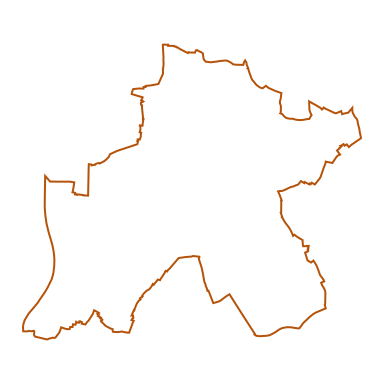 the district of Eijsden-Margraten, Limburg, Netherlands
{"feature_id": "6326949B98773621915630", "entity_name": "Eijsden-Margraten", "entity_type": "district", "adm_level": 2, "iso_a3": "NLD", "parent_name": "Netherlands", "parent_adm1": "Limburg", "projection": "albers", "projection_center": [5.788, 50.805], "detail": "fine", "context": "isolated", "style": "outline", "palette": "amber", "viewbox_px": 384, "rotation_deg": 0, "n_neighbors": 0, "source": "geoboundaries", "source_scale": "gbopen_adm2", "svg_char_len": 5842}
<svg xmlns="http://www.w3.org/2000/svg" viewBox="0 0 384 384"><path d="M45.2,176.0L44.9,190.5L44.7,206.4L44.9,210.1L45.5,216.6L46.6,223.9L48.6,232.1L52.3,244.7L53.4,250.2L53.8,253.0L54.2,256.2L54.4,260.5L54.2,266.5L53.4,272.8L52.8,275.4L51.7,279.2L47.7,287.4L45.0,292.0L39.3,300.3L37.8,302.7L32.9,308.6L28.7,313.5L26.5,317.1L24.6,320.3L23.4,324.1L23.0,327.4L23.2,331.3L27.0,331.4L27.6,331.4L28.5,330.9L28.9,330.9L31.0,331.3L33.8,330.8L34.2,331.2L34.3,331.5L34.1,333.2L34.1,335.3L34.6,335.9L35.1,336.6L46.8,339.4L47.4,339.4L49.0,338.7L52.6,337.7L54.7,337.9L55.4,337.6L57.9,334.4L59.1,332.8L60.1,330.6L61.2,327.3L64.2,328.4L66.3,329.0L68.2,329.2L69.6,329.1L70.2,327.0L72.6,327.0L73.0,324.3L75.5,324.7L76.2,321.8L77.1,322.4L78.0,322.7L79.1,322.7L79.3,321.3L80.0,321.3L79.9,321.7L81.9,322.1L81.7,323.7L85.5,324.5L86.0,323.5L86.2,323.1L88.7,320.4L92.5,314.5L92.9,313.6L94.1,310.3L97.6,312.1L98.9,313.0L97.4,313.9L98.8,314.9L97.9,316.0L99.9,317.3L100.1,317.1L100.9,317.6L100.3,318.3L102.0,319.4L101.7,319.8L102.1,319.8L102.3,320.0L101.1,321.5L102.7,322.9L105.5,325.8L110.3,328.4L112.7,329.2L112.6,330.4L112.9,331.7L113.7,331.9L117.3,332.1L119.6,331.9L121.8,331.5L123.3,331.9L127.2,332.6L129.2,332.7L129.7,331.1L132.3,324.2L132.3,323.7L133.7,320.7L131.5,320.0L132.4,318.6L133.2,318.1L133.4,317.4L133.2,317.3L133.1,317.0L132.8,316.3L133.0,315.9L132.9,315.3L132.4,315.1L131.7,315.3L133.8,310.2L134.3,310.4L134.8,308.5L136.8,303.6L138.9,300.6L140.5,299.5L139.9,298.3L142.0,297.1L142.5,296.6L142.0,296.1L143.9,293.4L146.1,291.2L147.1,290.4L149.4,289.2L151.5,286.5L152.8,284.0L153.7,284.8L157.8,279.6L160.1,280.1L160.4,279.3L163.9,274.1L164.7,272.8L165.1,271.6L165.7,270.8L167.1,271.5L168.1,269.9L169.4,268.8L178.7,258.0L186.0,257.0L191.2,256.6L192.0,256.4L193.1,256.0L200.1,256.8L199.6,257.0L198.8,258.9L201.5,267.1L202.7,272.5L204.4,282.1L204.8,282.6L205.0,283.4L205.5,284.4L205.7,285.8L206.6,287.8L207.5,290.9L208.5,290.7L213.3,303.1L218.2,301.7L220.4,300.7L226.2,296.3L229.5,294.3L242.4,314.6L255.8,335.4L255.7,335.4L256.3,335.8L259.6,336.2L266.3,335.8L268.9,335.4L271.1,334.5L275.2,332.3L279.4,329.4L281.2,328.5L283.2,327.8L287.4,327.2L291.0,327.3L297.8,328.4L299.2,328.4L299.5,328.2L299.9,327.5L301.1,326.2L302.7,323.7L303.8,322.5L306.6,319.9L309.3,317.2L310.5,316.3L312.9,314.3L315.5,312.7L325.7,308.4L324.8,304.9L325.0,304.8L325.2,303.2L325.4,292.6L325.0,290.9L324.6,289.5L323.3,287.1L322.3,285.6L321.6,283.8L321.1,282.8L322.2,282.2L324.2,281.4L323.5,279.6L320.1,275.2L317.7,268.4L316.3,265.1L313.4,260.6L311.1,262.5L307.5,260.4L305.1,252.6L308.1,251.3L307.7,250.0L308.2,249.9L307.9,248.2L308.4,248.2L308.7,245.9L307.0,245.9L305.6,246.2L303.1,246.2L303.0,245.5L302.7,242.7L302.6,240.1L298.0,237.4L294.3,234.7L293.1,235.9L291.6,232.3L289.9,229.0L288.6,227.0L285.2,222.6L283.7,220.2L282.9,218.5L282.4,217.9L282.5,217.9L280.7,212.5L280.9,212.4L281.2,211.9L281.2,207.2L281.3,203.2L281.1,200.7L281.7,200.5L279.8,195.3L278.1,191.4L279.8,191.0L281.6,191.0L283.1,190.6L285.5,189.6L290.1,187.3L293.7,186.3L296.2,185.2L296.9,185.1L298.5,184.2L300.9,181.1L304.2,183.1L304.6,182.0L309.4,184.4L309.9,183.5L310.8,184.1L311.7,182.7L314.8,184.5L319.9,178.2L320.6,176.9L323.5,168.4L325.8,162.4L325.9,162.2L325.6,162.0L325.7,161.6L332.4,163.0L336.2,157.3L337.7,155.6L340.1,154.6L337.0,150.5L339.8,148.1L339.6,147.8L341.2,146.6L340.7,146.0L340.8,146.0L340.7,145.9L343.6,144.1L344.5,145.7L345.2,145.3L346.8,144.4L348.9,147.1L350.7,145.4L352.0,144.4L361.0,138.2L360.7,136.3L359.7,131.9L359.4,129.2L357.8,123.3L357.7,121.5L357.5,120.8L357.0,119.5L356.5,118.7L355.0,116.9L354.2,115.7L353.0,113.3L352.5,111.9L352.4,111.3L352.3,110.2L352.3,107.9L350.3,110.2L348.4,112.6L342.6,113.9L342.5,114.1L342.1,114.2L341.9,113.2L341.7,112.9L341.5,112.5L341.2,111.1L336.0,113.3L334.6,113.0L327.9,109.8L325.3,108.6L323.7,107.5L322.8,108.8L322.2,109.4L321.9,109.5L321.6,109.0L320.4,107.9L316.8,105.7L309.1,101.4L309.5,110.4L311.1,114.4L311.6,115.1L310.7,116.4L309.3,118.9L307.1,119.1L303.4,119.8L300.6,120.1L297.0,119.9L294.7,119.4L292.9,118.8L289.7,118.7L287.4,118.3L285.8,117.7L284.0,116.2L282.5,114.3L280.3,113.3L280.7,112.8L280.8,111.9L280.9,106.2L280.6,105.1L280.1,103.7L280.0,103.0L279.9,101.6L280.0,100.9L280.6,99.2L281.4,93.1L275.5,91.0L268.7,88.0L265.9,85.8L262.6,88.3L260.0,87.5L256.6,85.1L251.9,79.4L249.0,71.6L248.3,68.7L247.9,68.5L248.1,68.4L247.9,67.5L246.8,64.9L246.6,64.3L246.5,63.0L246.4,62.3L246.1,61.8L245.4,61.1L245.1,60.5L244.0,62.2L243.3,64.9L235.9,64.7L232.9,64.3L232.6,63.9L232.2,63.5L229.8,61.9L227.0,60.7L225.9,60.5L219.9,61.0L216.6,61.6L210.5,62.3L207.3,61.8L206.0,61.8L205.4,61.4L203.9,59.4L203.6,58.9L202.8,53.3L201.1,52.2L199.9,51.6L198.0,50.7L197.2,50.1L196.7,50.4L196.4,50.3L195.9,50.4L195.0,52.6L189.9,52.5L188.5,52.2L187.9,53.1L180.1,49.1L177.8,47.6L177.2,47.5L177.2,47.3L175.7,46.8L175.7,46.5L173.9,46.3L173.8,45.9L168.1,45.9L168.2,44.7L163.0,44.6L162.8,44.8L163.5,57.2L163.4,59.2L163.6,64.3L163.1,68.6L162.9,68.8L163.0,73.7L158.4,84.0L150.2,85.5L145.7,85.9L145.8,86.7L145.6,87.0L143.6,87.0L143.5,88.6L138.6,88.5L133.2,89.1L132.1,91.9L131.7,94.1L142.6,97.3L142.1,98.8L141.2,100.2L143.3,101.5L142.4,102.1L141.2,102.3L140.8,103.2L141.3,105.1L142.0,105.3L142.0,107.6L143.0,117.5L142.9,119.1L143.5,119.1L143.0,121.2L142.5,125.7L140.0,125.3L139.9,125.8L140.4,125.8L140.4,129.5L139.7,132.3L141.2,132.7L140.8,134.4L140.8,136.3L139.9,139.5L137.7,139.3L137.3,141.2L138.1,141.4L137.3,144.2L117.1,150.9L110.0,154.2L108.7,157.0L107.3,158.5L104.6,160.9L104.1,161.5L104.2,161.1L102.4,162.2L99.9,163.3L99.7,163.5L99.1,163.0L98.0,163.2L96.3,163.7L95.2,164.3L94.9,164.9L94.6,164.8L94.3,164.8L91.6,165.4L91.3,164.5L88.8,164.2L88.5,174.6L88.5,174.9L88.6,176.0L88.5,176.3L88.1,195.6L83.5,195.4L83.5,195.1L77.2,194.3L77.2,194.8L74.9,194.4L75.1,192.8L72.5,192.3L73.1,189.7L74.3,182.4L70.3,181.7L50.2,181.6L45.2,176.0Z" fill="none" stroke="#b45309" stroke-width="2"/></svg>